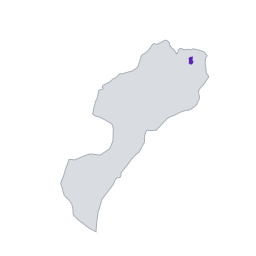 location of Ņukšu pag., Ludzas, Latvia, rotated 303°
{"feature_id": "27541924B6946008427807", "entity_name": "Ņukšu pag.", "entity_type": "district", "adm_level": 2, "iso_a3": "LVA", "parent_name": "Latvia", "parent_adm1": "Ludzas", "projection": "natural_earth1", "projection_center": [27.716, 56.433], "detail": "fine", "context": "in_parent", "style": "filled", "palette": "violet", "viewbox_px": 256, "rotation_deg": 303, "n_neighbors": 0, "source": "geoboundaries", "source_scale": "gbopen_adm2", "svg_char_len": 3306}
<svg xmlns="http://www.w3.org/2000/svg" viewBox="0 0 256 256"><g transform="rotate(303 128 128)"><path d="M185.9,172.9L184.5,172.7L180.3,171.5L176.8,169.8L174.7,167.4L171.1,164.2L168.7,162.6L165.0,160.6L158.8,156.4L156.5,155.5L145.5,153.6L141.5,152.8L137.9,148.1L136.7,145.4L134.9,144.9L132.9,145.5L130.7,146.0L125.7,149.2L124.1,149.7L121.0,149.7L113.7,150.4L110.5,149.2L104.8,148.0L101.7,147.8L98.9,147.8L86.8,146.5L84.5,147.9L82.3,148.2L80.1,146.0L77.4,145.4L74.4,146.2L69.0,146.2L62.5,145.6L54.3,145.0L53.1,145.3L43.9,148.1L41.6,148.5L31.5,153.3L23.5,157.7L22.8,150.6L23.8,136.4L25.3,129.4L30.8,125.3L33.7,122.1L35.4,117.9L36.0,114.0L37.2,110.7L45.4,101.4L51.6,100.4L60.0,97.9L69.5,95.7L71.2,98.5L72.0,100.5L83.1,108.1L85.9,110.7L90.1,119.4L100.5,123.9L108.8,122.5L112.4,120.3L119.1,116.3L122.1,113.4L122.7,110.6L121.8,98.7L120.1,93.5L120.8,90.3L121.9,90.4L124.7,88.9L133.9,86.0L135.8,85.9L137.9,85.3L143.7,83.1L145.5,84.3L147.0,85.6L147.9,85.6L148.3,85.1L148.2,84.3L148.6,83.7L150.3,84.0L156.9,87.6L159.5,88.4L161.2,88.7L163.3,90.4L169.0,91.5L169.7,92.4L170.1,93.4L175.4,98.0L177.8,100.3L182.6,102.4L184.6,102.9L192.9,100.8L195.3,100.0L197.2,100.0L199.1,101.2L203.6,102.7L207.6,103.1L208.4,103.0L211.8,103.2L213.0,103.8L213.8,106.7L217.7,109.0L221.3,110.9L222.2,111.8L222.5,113.5L222.3,115.5L221.8,116.5L220.3,117.7L219.0,120.7L218.8,123.6L216.7,128.6L217.2,128.7L221.6,127.8L222.8,128.3L223.8,129.4L224.1,132.5L225.5,133.9L227.0,136.1L227.4,137.8L230.2,139.8L230.5,141.1L232.2,145.8L232.8,148.5L233.2,150.6L232.3,153.2L231.6,155.0L230.7,154.9L228.2,155.3L224.2,157.5L218.3,162.6L216.8,163.7L215.2,167.6L214.8,167.9L211.4,167.8L210.4,167.7L207.0,167.8L199.5,166.7L196.5,167.4L192.7,171.3L191.2,171.9L186.7,172.4L185.9,172.9Z" fill="#d9dde1" stroke="#a8b0b8" stroke-width="1"/><path d="M216.4,144.5L216.2,144.7L216.2,144.8L216.1,145.0L216.3,145.1L216.5,145.1L216.5,145.3L216.3,145.2L216.2,145.2L216.0,145.4L216.1,145.5L216.3,145.8L216.5,145.9L216.7,146.0L216.7,145.9L216.8,145.9L216.8,146.0L216.7,146.1L216.9,146.2L216.9,146.3L217.0,146.3L217.1,146.2L217.2,146.3L217.8,146.3L217.8,146.2L218.0,146.2L217.9,146.2L217.8,146.3L218.0,146.3L218.0,146.2L218.3,146.2L218.5,146.1L218.4,146.0L218.2,146.1L218.3,146.0L218.5,146.0L218.5,145.9L218.8,145.9L219.0,145.8L219.1,145.4L218.9,145.3L218.7,145.2L218.6,144.9L218.6,144.7L218.4,144.6L218.8,144.4L219.0,144.3L219.1,144.2L219.3,144.1L219.5,144.1L219.4,144.2L219.5,144.3L219.6,144.2L219.8,144.2L220.0,144.2L220.3,144.1L220.2,144.1L220.3,144.0L220.2,143.9L220.5,143.9L220.7,144.0L220.8,143.9L221.0,143.8L221.0,143.7L221.3,143.5L221.2,143.5L221.3,143.5L221.3,143.4L221.3,143.5L221.5,143.5L221.8,143.6L221.7,143.6L221.8,143.5L221.8,143.4L221.7,143.4L221.7,143.1L221.8,143.1L221.7,142.9L221.4,142.8L221.2,142.8L221.2,142.7L221.0,142.4L221.0,142.2L220.9,142.2L220.7,142.0L220.8,142.0L220.7,141.9L220.2,141.8L219.9,141.9L219.8,141.7L219.8,141.8L219.7,141.8L219.4,141.9L219.4,142.0L219.3,141.9L219.2,142.0L218.9,142.3L218.7,142.5L218.7,142.8L218.8,142.8L218.7,142.9L218.8,142.9L218.8,143.0L218.7,143.0L218.7,143.3L218.3,143.5L218.2,143.5L218.4,143.7L218.4,143.8L218.5,143.9L218.5,144.0L218.4,144.1L217.7,144.0L217.4,143.9L217.2,143.9L216.8,144.0L216.7,144.1L216.3,144.2L216.4,144.3L216.4,144.5L216.4,144.5Z" fill="#8b5cf6" stroke="#5b21b6" stroke-width="1.5"/></g></svg>